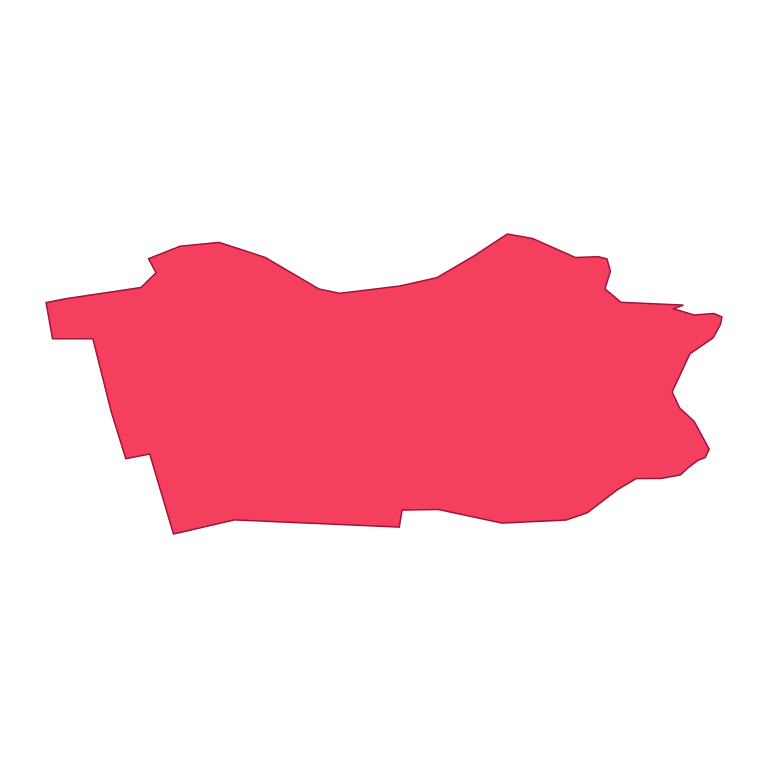 the Municipality of Jaunjelgavas
{"feature_id": "LVA-5732", "entity_name": "Jaunjelgavas", "entity_type": "Municipality", "adm_level": 1, "iso_a3": "LVA", "parent_name": "Latvia", "parent_adm1": "", "projection": "robinson", "projection_center": [25.345, 56.517], "detail": "fine", "context": "isolated", "style": "filled", "palette": "rose", "viewbox_px": 768, "rotation_deg": 0, "n_neighbors": 0, "source": "natural_earth", "source_scale": "10m", "svg_char_len": 799}
<svg xmlns="http://www.w3.org/2000/svg" viewBox="0 0 768 768"><path d="M46.1,302.6L65.6,298.7L141.0,287.5L156.0,272.7L148.5,258.7L180.1,246.2L219.0,242.4L240.1,249.2L265.3,257.5L291.9,273.1L319.0,289.0L339.5,293.3L399.2,286.1L437.0,277.6L474.6,255.5L507.2,234.0L532.6,238.5L575.4,257.5L598.5,256.7L607.0,258.9L610.4,271.3L605.0,288.8L621.0,302.3L683.4,305.1L673.7,308.8L694.1,315.0L713.9,313.5L721.9,316.9L720.5,324.4L713.2,337.8L689.9,353.8L672.1,392.0L679.8,408.2L694.1,421.3L709.2,449.2L705.2,457.5L697.7,460.5L687.8,468.0L680.5,474.9L661.0,478.5L636.1,478.6L617.4,489.7L587.4,512.7L566.2,520.0L502.2,523.1L438.2,509.5L402.0,510.1L399.3,527.1L234.3,519.9L173.5,534.0L149.7,454.0L125.8,458.7L111.2,411.7L92.9,338.8L52.5,338.8L46.1,302.6Z" fill="#f43f5e" stroke="#9f1239" stroke-width="1.5"/></svg>